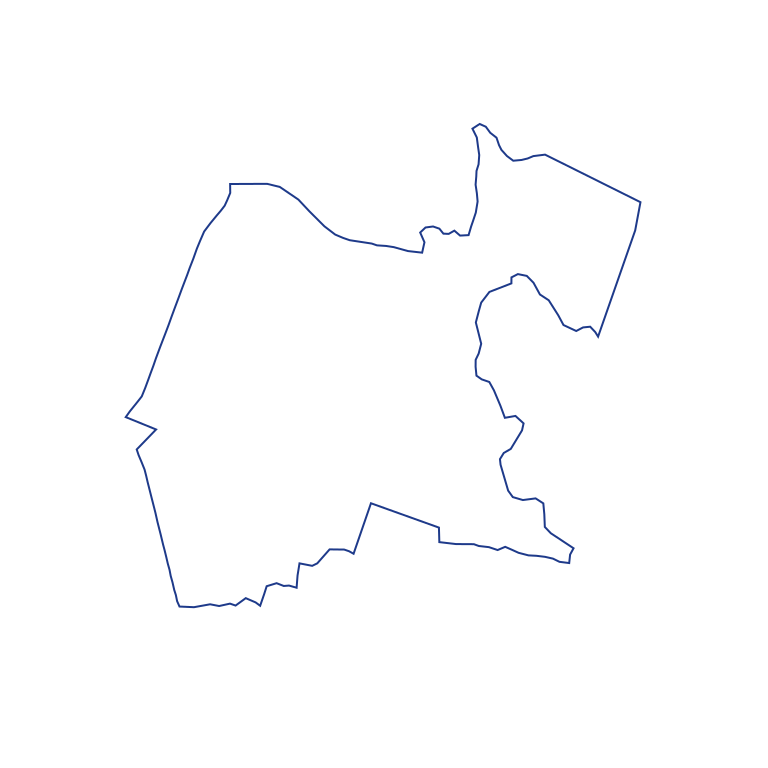 outline of Caxingó, Piauí, Brazil, rotated 199°
{"feature_id": "56859067B67253646809500", "entity_name": "Caxingó", "entity_type": "district", "adm_level": 2, "iso_a3": "BRA", "parent_name": "Brazil", "parent_adm1": "Piauí", "projection": "natural_earth1", "projection_center": [-41.859, -3.393], "detail": "fine", "context": "isolated", "style": "outline", "palette": "blue", "viewbox_px": 768, "rotation_deg": 199, "n_neighbors": 0, "source": "geoboundaries", "source_scale": "gbopen_adm2", "svg_char_len": 2482}
<svg xmlns="http://www.w3.org/2000/svg" viewBox="0 0 768 768"><g transform="rotate(199 384 384)"><path d="M280.2,252.5L263.8,256.1L246.9,261.8L241.6,261.7L231.7,263.9L222.5,264.0L216.4,269.5L209.1,268.9L201.8,268.2L191.6,269.0L183.9,271.2L175.5,273.0L167.4,273.9L160.2,273.0L150.6,275.0L152.5,283.3L151.3,290.4L177.7,297.2L185.4,301.2L190.0,313.0L194.5,323.0L203.4,325.2L214.9,319.5L225.4,319.0L231.9,323.6L247.5,345.6L249.9,350.7L248.3,357.8L243.0,363.9L238.4,385.1L239.2,392.2L249.3,396.6L258.7,391.4L266.8,401.3L278.0,413.8L285.1,420.2L293.1,420.2L299.3,422.0L303.0,430.1L305.2,436.7L304.4,443.6L305.2,453.7L317.2,472.1L318.1,483.9L318.6,492.6L314.3,505.4L296.3,520.6L298.2,526.3L293.2,531.5L284.2,532.7L275.6,528.4L265.7,519.4L255.5,516.8L241.6,505.7L233.5,498.2L219.5,496.7L214.2,502.3L207.7,505.3L201.2,501.9L197.0,498.5L196.5,611.0L200.7,639.4L306.4,653.3L317.0,648.1L321.6,644.0L326.9,640.6L334.5,637.2L342.0,639.6L349.2,643.6L353.0,647.3L357.8,653.5L365.3,656.1L371.5,660.4L378.2,661.0L383.5,654.2L376.5,647.3L372.2,638.7L368.5,631.5L366.1,622.5L365.9,615.6L364.3,610.2L362.3,602.3L358.3,594.6L354.9,587.0L353.0,575.9L352.9,567.2L352.9,561.3L352.5,552.3L360.4,549.1L367.4,551.9L371.7,547.0L376.8,545.5L382.2,548.9L388.9,548.9L395.7,545.5L399.1,539.0L391.9,531.2L390.7,520.6L404.6,517.5L419.3,516.6L427.0,515.2L435.8,512.8L441.3,512.8L463.2,508.8L470.2,508.8L478.8,509.4L491.7,513.7L510.8,523.0L525.0,530.5L546.7,536.4L559.7,535.2L594.6,523.0L591.6,514.6L592.1,506.6L592.7,500.7L594.8,494.5L597.0,488.9L600.5,479.5L603.7,469.6L604.5,459.4L605.0,451.1L605.1,440.4L605.5,430.5L605.6,423.0L605.8,417.2L606.1,408.1L606.3,398.2L606.6,387.3L606.8,377.9L606.9,369.6L607.2,359.9L607.7,346.3L608.0,334.1L608.0,326.1L608.2,318.0L608.3,311.2L608.5,302.5L609.0,293.4L611.1,287.3L615.4,275.4L617.4,268.6L584.7,266.8L596.5,241.6L592.9,236.9L587.6,231.0L582.5,225.1L579.0,219.8L575.5,214.2L571.5,208.1L566.6,200.6L561.0,192.1L558.0,187.5L553.2,179.7L546.3,169.2L540.5,160.1L537.4,155.5L533.6,149.6L529.9,143.7L526.3,138.5L523.2,133.1L519.4,127.6L515.3,121.0L512.1,116.7L508.9,111.3L504.9,107.0L491.0,111.1L476.7,119.1L467.6,120.4L458.1,126.2L452.2,126.2L445.0,136.5L434.3,135.7L428.9,134.0L428.9,140.3L428.9,146.4L429.1,154.6L420.7,160.7L413.0,160.4L408.2,162.5L400.3,162.9L403.4,174.8L405.5,186.9L392.7,188.7L388.7,192.7L381.6,209.9L367.7,214.5L362.6,214.5L357.5,213.6L357.5,251.4L357.5,259.3L357.5,267.0L285.3,266.1L280.2,252.5Z" fill="none" stroke="#1e3a8a" stroke-width="2"/></g></svg>